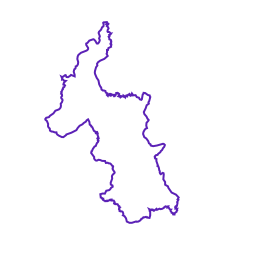 outline of Sucre, Santander, Colombia, rotated 29°
{"feature_id": "7082276B9079895199156", "entity_name": "Sucre", "entity_type": "district", "adm_level": 2, "iso_a3": "COL", "parent_name": "Colombia", "parent_adm1": "Santander", "projection": "robinson", "projection_center": [-73.957, 6.009], "detail": "fine", "context": "isolated", "style": "outline", "palette": "violet", "viewbox_px": 256, "rotation_deg": 29, "n_neighbors": 0, "source": "geoboundaries", "source_scale": "gbopen_adm2", "svg_char_len": 5840}
<svg xmlns="http://www.w3.org/2000/svg" viewBox="0 0 256 256"><g transform="rotate(29 128 128)"><path d="M168.5,125.0L167.2,124.6L166.3,124.8L161.8,129.3L158.8,131.7L156.6,132.3L156.2,132.2L155.7,131.4L153.7,131.2L152.1,129.7L149.1,128.3L146.7,128.1L144.1,125.9L143.5,124.2L143.4,121.9L143.7,120.2L144.7,118.9L142.9,117.2L141.7,114.6L142.3,111.4L142.1,110.9L140.5,110.4L138.6,109.0L135.6,107.9L134.1,106.4L133.9,102.1L133.3,99.1L134.4,96.6L133.4,95.6L133.5,94.2L132.5,90.2L132.2,90.2L131.2,89.0L129.4,89.5L126.1,89.1L124.6,89.7L124.9,90.6L124.6,91.5L126.2,96.2L126.0,96.9L124.4,97.2L122.9,96.2L120.7,96.7L118.7,95.6L116.3,97.2L116.2,96.6L114.7,95.9L114.9,97.1L114.4,98.6L114.1,98.5L113.8,97.8L112.8,97.6L112.8,98.6L112.1,98.7L111.6,99.7L111.9,100.5L110.8,100.4L110.8,102.2L110.1,101.6L109.6,101.9L108.4,101.8L108.9,102.7L108.0,102.7L106.9,104.0L106.5,104.9L106.0,104.6L106.4,104.1L106.3,103.5L105.4,103.8L105.1,104.7L104.2,104.9L104.4,104.1L103.8,102.5L102.5,102.3L102.1,102.9L101.5,102.5L100.9,103.0L101.3,103.3L100.9,104.6L101.2,105.2L100.9,106.7L100.5,106.9L100.2,105.9L99.8,105.7L98.6,106.4L97.3,106.5L97.8,107.5L97.4,107.9L96.3,106.7L95.6,106.9L95.1,107.6L96.2,107.7L96.2,108.1L95.5,108.0L95.3,108.8L94.2,108.8L94.5,109.6L93.5,109.3L93.6,108.5L93.2,107.7L91.4,107.8L90.3,106.6L88.6,106.9L88.0,107.4L86.2,107.2L84.8,105.5L83.9,105.3L81.6,103.7L79.1,100.7L76.3,99.3L73.0,96.7L72.2,95.8L71.5,94.2L70.6,90.3L70.9,88.2L69.8,86.9L69.9,85.0L71.1,82.5L73.8,79.0L75.3,74.8L73.3,73.5L73.2,72.3L71.9,70.1L72.4,70.0L72.7,69.6L72.1,67.6L73.8,65.2L73.5,64.9L73.1,63.2L72.7,62.8L72.2,63.2L71.8,62.9L71.7,60.8L71.1,60.5L71.0,59.9L70.3,59.3L68.7,59.5L68.1,58.5L66.8,57.5L67.3,56.4L66.4,55.7L67.3,54.5L67.4,53.6L67.0,53.9L66.0,53.3L64.9,53.2L63.9,53.8L63.3,53.6L62.7,52.1L62.7,50.3L61.5,49.4L60.0,49.1L60.0,48.0L60.5,47.0L60.3,46.3L59.6,46.3L58.7,47.2L58.6,46.0L58.2,45.6L55.4,47.5L55.3,48.1L56.5,49.2L57.2,51.0L56.5,52.5L56.8,55.0L56.0,57.9L56.2,59.1L58.9,61.4L59.3,63.7L60.6,64.7L60.9,65.3L61.1,67.2L60.7,68.8L59.7,69.2L57.3,67.7L55.5,67.1L54.6,67.2L51.8,70.3L51.3,73.2L50.5,74.4L51.2,75.6L54.3,77.3L54.8,78.2L54.8,79.0L54.3,80.3L50.4,85.0L49.2,88.1L49.3,89.8L50.2,92.2L52.5,94.5L53.3,96.5L53.3,98.3L52.4,99.5L53.1,101.0L53.1,101.7L52.6,102.6L52.8,103.7L53.3,105.2L55.6,107.4L56.3,108.7L52.4,109.2L52.0,110.6L50.9,112.6L49.5,113.2L47.8,112.0L47.3,112.4L46.3,114.7L45.4,115.4L44.9,115.4L46.4,116.6L46.8,117.5L47.2,117.0L49.2,117.6L50.7,117.0L50.0,119.3L50.3,121.1L50.4,121.3L51.5,121.0L52.3,121.4L52.1,121.9L52.4,122.8L52.2,123.5L51.7,123.9L51.9,124.5L51.8,125.1L52.3,125.8L52.0,126.4L52.3,127.7L52.1,128.9L52.8,129.2L52.9,130.5L53.9,130.6L54.8,131.9L54.6,133.0L54.9,134.0L55.9,134.6L56.6,134.7L57.3,135.4L57.7,137.4L57.4,139.4L58.6,141.1L59.1,142.7L59.0,143.9L58.5,145.3L56.1,148.1L55.7,151.4L53.8,155.2L53.6,156.8L51.5,158.7L51.3,160.3L51.8,160.8L53.7,161.2L56.2,163.2L57.1,165.1L58.2,166.0L59.8,166.4L61.0,168.1L62.7,168.2L64.1,167.6L66.2,167.3L67.5,166.5L68.3,167.5L69.3,168.0L71.1,168.2L74.5,168.0L75.9,167.3L77.3,164.2L77.2,163.6L80.8,159.5L83.9,154.9L84.0,152.3L84.6,149.5L86.4,146.8L86.8,145.2L88.1,142.8L88.1,141.4L88.9,139.8L91.2,141.3L92.9,143.6L94.7,143.8L95.1,144.5L96.4,144.6L99.5,147.0L102.0,147.0L101.8,147.6L102.2,148.0L103.1,146.6L104.3,147.6L104.1,147.9L103.6,147.6L103.7,148.0L106.4,150.3L106.3,151.3L106.9,151.3L106.6,151.9L107.4,152.0L107.3,153.2L107.9,153.8L108.4,153.7L108.5,155.1L108.1,156.3L108.5,159.4L107.7,160.4L107.4,163.4L107.7,166.0L107.4,166.2L107.9,167.7L112.5,169.8L113.1,171.0L114.1,171.7L115.7,172.0L116.6,171.6L117.6,170.1L119.2,169.5L121.3,169.3L123.9,168.0L125.6,169.3L127.1,168.2L128.2,168.3L129.4,167.7L130.8,167.9L132.7,168.8L133.2,168.6L133.8,169.1L134.0,170.7L134.5,171.0L134.7,171.6L137.8,173.2L138.0,174.0L137.3,176.1L137.2,177.4L137.4,178.1L138.7,179.9L139.4,184.3L140.4,185.8L142.3,185.8L143.1,186.8L142.2,188.5L142.1,190.3L141.6,191.5L139.4,193.4L139.6,196.6L137.6,197.6L135.9,199.3L137.8,201.9L138.1,201.7L139.6,202.3L139.8,202.0L140.6,202.7L140.9,202.2L141.3,202.8L142.5,203.1L143.7,202.7L143.8,202.9L145.0,202.2L145.0,201.6L145.8,201.6L146.9,199.7L147.3,199.8L147.5,199.2L148.3,199.3L148.4,199.0L148.6,199.3L148.5,199.0L148.8,198.9L149.0,199.3L150.7,198.4L151.9,199.0L152.3,200.5L152.9,200.3L152.9,200.8L153.7,200.8L155.8,199.7L158.1,201.1L158.4,200.8L158.8,201.3L159.4,201.3L159.1,202.3L159.3,203.0L159.6,203.0L159.8,203.7L160.6,203.9L160.9,204.7L161.8,204.6L163.0,203.9L164.1,204.0L165.3,205.1L166.1,206.4L166.0,206.8L167.7,206.8L170.1,208.0L172.3,210.4L175.2,210.2L177.4,209.0L180.4,205.8L181.1,205.8L182.5,204.7L183.6,202.7L183.7,200.9L184.4,200.3L184.7,198.7L185.1,198.7L186.8,197.0L187.6,197.2L188.1,196.7L188.6,196.9L190.4,196.2L189.8,193.7L188.0,190.5L187.0,190.0L186.8,189.3L185.9,188.7L187.8,188.6L187.9,188.1L188.8,188.1L188.8,187.5L189.3,187.3L190.8,187.8L192.1,184.9L193.0,185.5L194.7,183.3L195.8,183.2L197.0,182.2L198.1,180.5L198.1,179.7L198.5,179.4L198.7,178.4L199.7,178.2L201.1,177.1L201.2,178.4L202.1,177.8L203.5,178.7L204.5,178.9L205.1,178.6L205.0,179.3L205.4,179.9L207.0,180.6L207.3,181.0L208.3,180.6L209.4,181.7L210.6,181.1L210.1,179.9L211.1,177.6L210.8,177.0L210.9,176.0L210.1,175.7L210.1,174.9L209.4,175.4L208.1,175.0L207.7,174.5L208.0,173.6L208.3,174.5L208.5,174.0L208.5,173.0L207.9,173.0L208.4,172.0L207.6,169.4L206.9,169.0L206.9,165.5L206.8,166.1L206.0,166.3L206.0,164.2L202.3,163.0L197.4,163.3L192.2,160.7L191.3,159.7L188.0,159.6L186.6,157.2L183.8,155.8L181.8,151.3L181.0,150.3L180.1,150.4L179.1,152.5L178.2,152.3L177.3,151.5L176.8,150.4L175.7,149.7L174.5,148.1L173.0,146.8L172.2,146.9L172.1,146.1L168.8,143.1L167.9,141.3L166.5,141.5L166.1,141.2L165.9,140.6L165.3,140.3L165.3,139.6L165.5,139.5L165.4,138.9L165.7,138.1L166.9,137.2L166.9,136.0L168.0,133.5L167.9,132.3L168.5,130.7L168.4,128.6L168.8,127.0L168.5,125.0Z" fill="none" stroke="#5b21b6" stroke-width="2"/></g></svg>